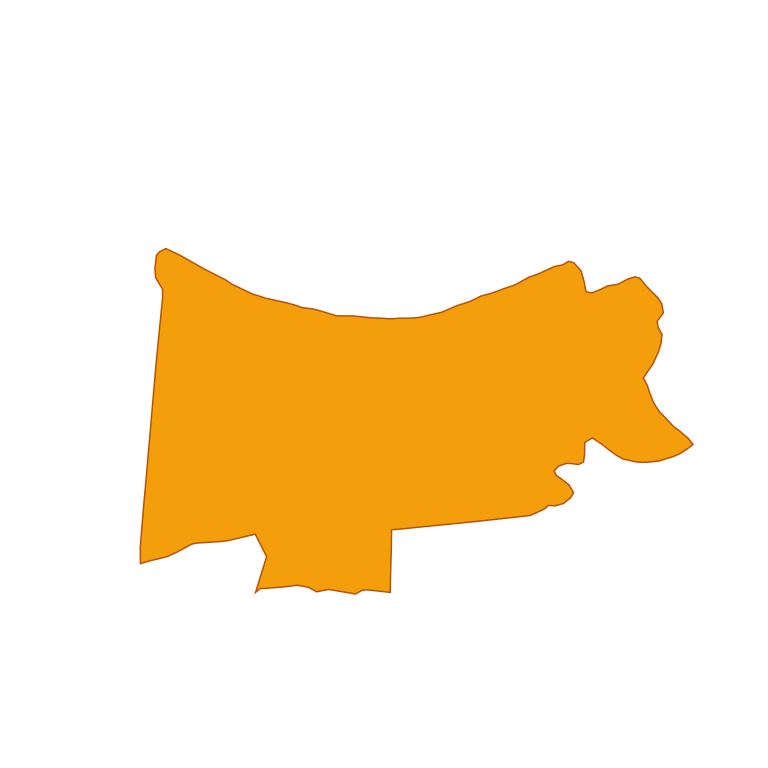 Bacabeira, Maranhão, Brazil (Albers equal-area conic projection), rotated 71°
{"feature_id": "56859067B76385045703481", "entity_name": "Bacabeira", "entity_type": "district", "adm_level": 2, "iso_a3": "BRA", "parent_name": "Brazil", "parent_adm1": "Maranhão", "projection": "albers", "projection_center": [-44.352, -2.93], "detail": "fine", "context": "isolated", "style": "filled", "palette": "amber", "viewbox_px": 768, "rotation_deg": 71, "n_neighbors": 0, "source": "geoboundaries", "source_scale": "gbopen_adm2", "svg_char_len": 2122}
<svg xmlns="http://www.w3.org/2000/svg" viewBox="0 0 768 768"><g transform="rotate(71 384 384)"><path d="M541.8,111.5L534.6,114.0L526.3,118.8L518.0,124.3L511.2,127.3L499.9,132.6L494.7,134.0L488.0,135.3L479.6,135.6L470.5,135.5L462.7,136.8L458.3,130.9L452.5,123.1L442.9,114.0L436.4,109.2L427.9,105.0L419.6,106.3L413.8,105.5L407.8,96.7L398.4,95.2L391.7,97.0L386.9,99.3L377.6,103.8L367.3,107.7L364.4,111.6L364.1,119.3L365.9,130.0L364.1,140.3L365.1,149.1L365.6,157.9L362.5,162.9L351.5,161.4L341.2,160.8L331.0,165.2L328.1,169.7L329.5,176.2L328.4,184.3L329.2,192.6L330.2,202.7L330.2,212.2L331.3,218.4L332.9,227.6L332.9,239.6L333.1,246.1L333.1,253.4L332.4,263.7L333.4,270.8L333.9,276.0L333.7,290.5L334.4,298.4L334.9,306.2L334.1,313.5L333.4,320.5L332.9,326.8L331.4,333.6L328.9,342.2L326.9,347.4L325.4,353.6L323.8,358.4L321.1,364.7L317.3,374.5L309.5,391.2L307.6,396.8L304.0,406.8L294.0,420.6L290.0,426.6L284.9,436.8L281.1,441.5L275.6,449.5L264.1,468.3L260.3,473.3L256.1,479.0L249.5,485.8L240.0,495.4L234.0,499.9L224.9,508.6L217.8,515.6L195.5,535.3L184.9,546.2L185.9,553.2L188.4,557.4L193.4,559.7L200.2,563.0L209.0,565.3L222.3,562.5L230.9,565.5L290.4,592.8L301.9,597.9L377.3,631.4L404.5,643.5L421.8,651.3L459.0,667.6L474.6,672.8L474.9,663.7L476.6,644.8L475.5,633.8L472.8,618.1L473.4,612.9L474.9,607.5L477.0,599.9L479.4,591.1L481.1,583.8L482.0,576.0L483.3,562.3L484.1,554.6L509.0,551.2L539.2,573.3L537.1,567.8L538.7,562.7L539.9,557.5L541.3,552.5L543.4,543.9L544.9,537.2L545.7,532.2L551.5,521.7L558.5,515.4L560.3,503.0L573.3,479.3L572.0,472.3L573.0,467.2L583.1,445.9L562.5,438.4L539.4,429.7L533.0,427.4L524.3,424.3L527.5,411.5L532.1,391.7L534.8,380.5L540.0,358.4L543.1,345.4L555.9,288.7L555.2,280.4L554.4,273.2L552.3,267.9L554.9,261.9L555.4,253.1L552.3,244.7L548.6,240.1L539.6,241.9L531.4,247.3L526.8,250.7L521.5,251.4L518.5,245.8L518.4,237.6L520.0,233.1L523.4,226.5L522.8,220.8L515.5,217.1L504.6,213.2L502.8,204.6L512.0,197.5L519.5,192.7L526.5,187.9L532.5,182.7L535.6,177.7L539.8,171.0L542.4,164.7L544.2,158.5L546.3,149.4L546.8,133.8L546.3,127.2L543.9,117.6L541.8,111.5Z" fill="#f59e0b" stroke="#b45309" stroke-width="1.5"/></g></svg>